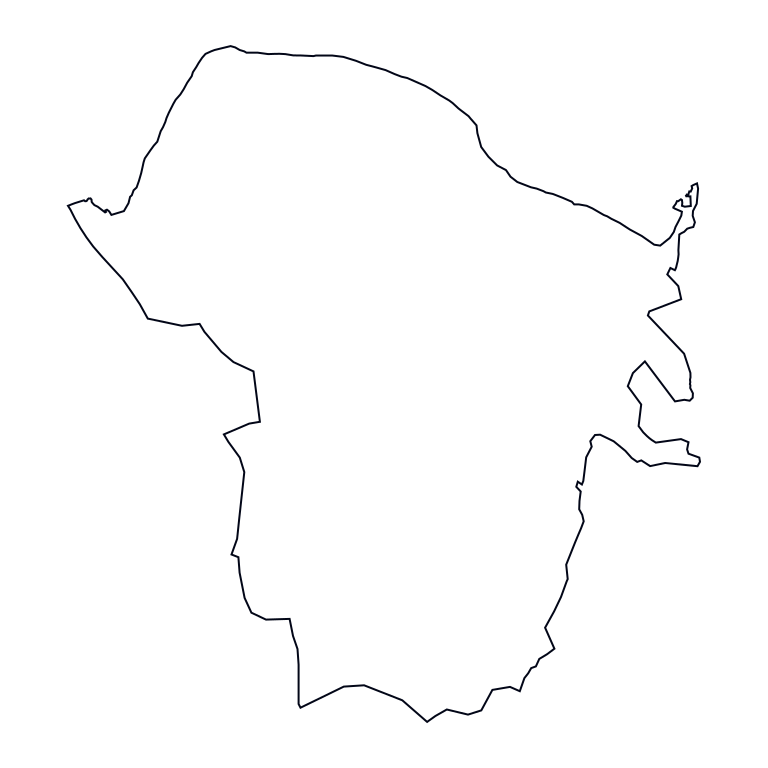 Hong, Adamawa, Nigeria (Natural Earth projection)
{"feature_id": "59680162B84612216171504", "entity_name": "Hong", "entity_type": "district", "adm_level": 2, "iso_a3": "NGA", "parent_name": "Nigeria", "parent_adm1": "Adamawa", "projection": "natural_earth1", "projection_center": [12.969, 10.288], "detail": "fine", "context": "isolated", "style": "outline", "palette": "ink", "viewbox_px": 768, "rotation_deg": 0, "n_neighbors": 0, "source": "geoboundaries", "source_scale": "gbopen_adm2", "svg_char_len": 3813}
<svg xmlns="http://www.w3.org/2000/svg" viewBox="0 0 768 768"><path d="M700.0,461.8L699.3,457.6L688.5,453.7L687.1,449.4L688.5,442.2L681.0,439.1L655.8,442.6L651.9,440.1L649.4,438.2L646.9,436.0L643.2,432.3L638.6,426.1L641.2,404.5L627.8,386.2L632.9,373.1L644.9,361.4L675.0,401.4L684.3,399.8L689.7,400.7L692.7,397.7L692.9,393.3L690.2,388.0L690.4,385.2L689.9,384.1L690.3,382.2L690.0,379.8L690.5,377.3L690.4,372.9L684.1,353.7L647.9,315.5L649.3,311.4L681.2,299.2L678.3,286.1L667.3,274.4L670.4,268.0L674.9,270.2L675.4,269.3L676.2,267.2L676.9,264.2L677.7,261.0L678.2,257.6L678.6,254.3L678.4,250.2L678.9,241.6L679.3,234.5L681.6,233.1L684.2,231.8L687.2,228.7L689.9,227.8L693.3,227.0L694.9,222.3L692.7,215.8L693.0,211.0L696.7,203.8L698.1,188.6L697.0,183.4L693.4,185.0L691.6,186.1L692.2,188.4L690.7,191.6L689.3,191.4L688.7,193.3L688.4,194.8L686.8,194.6L686.7,195.1L686.0,195.7L686.3,196.3L687.9,196.2L689.4,196.5L690.4,196.4L690.8,206.0L684.8,206.7L682.0,205.8L682.3,202.8L682.0,200.6L682.0,200.1L680.9,199.3L678.2,201.2L677.0,201.1L675.7,204.0L673.4,207.0L673.3,207.7L675.0,208.7L681.9,211.7L681.3,215.6L678.4,221.5L675.5,227.0L673.8,232.0L669.8,237.9L660.2,245.6L654.2,244.7L641.8,236.0L630.0,229.6L625.8,226.9L619.7,222.9L612.0,219.1L611.7,219.0L607.2,216.3L605.6,215.7L605.3,215.6L603.8,215.0L592.4,208.4L586.7,205.8L578.8,204.4L574.2,204.4L571.9,201.8L562.9,197.9L554.0,194.4L552.6,193.9L545.8,192.5L543.5,191.2L536.7,188.6L531.0,187.3L517.3,182.0L510.5,176.7L506.0,170.1L497.1,165.4L488.4,156.7L481.2,147.0L477.4,133.2L476.5,125.4L472.0,120.2L470.8,118.9L468.6,116.2L460.2,109.8L458.3,108.3L452.7,103.1L449.2,100.5L441.3,95.9L440.1,95.2L439.7,94.9L437.9,93.7L432.2,89.9L425.4,86.0L407.2,78.0L401.5,76.7L394.7,74.1L385.6,70.1L376.4,67.5L372.0,66.3L371.6,66.2L366.2,64.8L356.0,60.8L343.4,56.9L332.0,55.5L316.1,55.5L313.5,56.1L301.3,55.5L293.3,55.4L285.3,54.1L279.6,53.8L273.9,53.9L268.2,54.1L257.9,52.7L246.5,52.7L244.3,51.4L239.7,50.0L235.2,47.4L230.6,46.1L214.6,50.0L211.2,51.3L205.5,53.9L202.1,57.8L198.6,63.0L196.3,67.0L192.9,72.2L191.7,76.2L187.2,82.7L183.7,89.2L180.3,94.5L175.7,99.7L173.4,103.7L168.8,112.8L166.5,118.1L165.3,122.0L163.0,127.2L160.7,131.2L157.3,141.7L153.8,145.6L150.4,150.3L148.2,153.5L144.8,158.4L143.6,162.2L142.5,167.3L141.2,173.1L138.9,181.0L136.6,187.5L133.6,190.3L131.8,195.3L130.1,196.8L128.5,203.2L123.9,211.1L111.4,214.9L109.2,211.4L107.0,209.7L106.9,209.7L105.4,210.4L106.0,211.9L105.1,212.4L97.7,206.7L94.4,205.1L92.4,202.9L91.7,201.9L91.5,199.6L90.5,198.4L88.9,198.6L88.6,198.5L88.2,198.9L87.5,199.5L87.3,200.1L86.7,200.9L86.4,201.0L86.0,201.2L85.1,201.2L84.0,200.3L75.0,203.1L71.5,204.4L69.8,205.1L68.0,205.8L70.5,209.8L75.1,218.9L78.0,223.9L80.4,228.1L84.4,234.2L86.4,237.3L93.2,246.5L102.3,257.0L122.8,279.3L131.9,292.4L139.8,304.2L147.8,318.6L182.0,325.8L199.6,323.9L204.4,331.8L221.4,351.9L233.5,362.1L253.5,371.4L259.9,421.8L249.2,423.6L223.9,434.4L228.4,441.9L239.8,457.6L244.3,472.1L239.1,519.8L237.6,534.3L237.1,538.9L231.5,554.5L238.4,557.2L239.6,572.7L244.6,597.9L251.4,612.7L266.0,619.6L289.6,618.9L293.0,635.9L297.5,649.0L298.6,664.7L298.6,687.0L298.6,700.5L298.6,704.0L300.5,707.7L343.8,686.6L364.1,685.3L402.3,700.3L427.1,721.9L435.4,716.0L446.8,709.5L468.0,714.6L481.3,710.4L492.4,689.9L504.1,687.9L510.0,686.9L519.8,691.2L524.4,678.1L528.2,673.3L531.2,668.1L535.9,666.4L539.3,658.9L547.1,654.2L554.4,648.7L545.1,627.7L554.1,611.4L561.0,597.0L566.7,581.3L567.7,579.1L566.2,564.7L574.9,542.9L578.4,534.5L581.1,528.2L583.7,521.3L582.2,514.8L579.2,509.3L579.5,500.9L580.7,491.5L576.3,486.8L577.8,481.7L581.9,484.5L583.3,481.0L584.5,471.4L586.2,457.3L591.7,446.7L590.3,441.2L595.0,435.0L600.1,434.7L608.0,438.5L613.7,441.3L625.4,450.9L631.7,458.0L637.2,461.9L641.3,460.4L650.1,466.1L665.1,463.0L697.5,466.2L700.0,461.8Z" fill="none" stroke="#020617" stroke-width="2"/></svg>